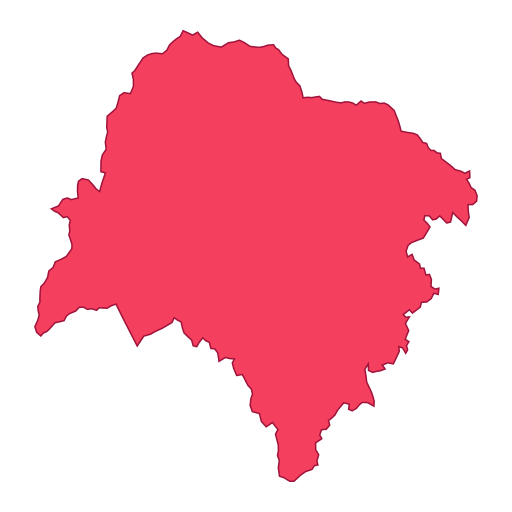 the district of São João do Triunfo, Paraná, Brazil
{"feature_id": "56859067B92215694258834", "entity_name": "São João do Triunfo", "entity_type": "district", "adm_level": 2, "iso_a3": "BRA", "parent_name": "Brazil", "parent_adm1": "Paraná", "projection": "equal_earth", "projection_center": [-50.278, -25.688], "detail": "fine", "context": "isolated", "style": "filled", "palette": "rose", "viewbox_px": 512, "rotation_deg": 0, "n_neighbors": 0, "source": "geoboundaries", "source_scale": "gbopen_adm2", "svg_char_len": 4005}
<svg xmlns="http://www.w3.org/2000/svg" viewBox="0 0 512 512"><path d="M321.8,438.7L319.7,435.0L321.6,429.7L326.2,429.3L329.7,425.2L328.5,420.5L331.5,418.3L335.0,414.9L337.8,409.9L343.8,402.8L349.3,404.2L348.6,409.3L352.2,410.8L356.5,408.3L359.4,404.7L362.4,402.4L367.7,402.6L373.9,406.2L374.2,401.5L373.1,397.1L371.5,392.3L366.7,382.1L366.1,376.7L364.9,369.2L368.2,363.9L368.5,370.4L372.7,372.4L376.8,371.3L380.3,370.8L385.1,369.0L382.3,365.1L387.8,362.8L393.3,363.9L396.4,357.6L399.3,351.3L398.8,346.7L402.6,347.9L405.7,353.3L407.6,349.9L406.5,345.7L408.9,341.6L405.2,339.3L408.7,330.6L405.4,323.4L409.4,316.9L405.7,317.2L403.3,314.5L406.4,312.2L409.4,309.7L412.4,313.1L416.9,309.7L420.3,307.1L421.4,302.3L426.7,302.0L431.2,298.6L433.8,293.3L438.2,294.4L438.9,288.2L435.0,289.1L431.0,286.4L431.4,279.4L429.4,274.4L425.9,274.9L424.0,268.2L420.5,268.2L419.5,264.0L414.1,259.9L412.1,254.4L407.6,256.9L406.1,251.1L408.1,245.4L411.3,242.7L417.6,240.2L423.3,238.1L430.0,227.0L427.6,223.7L423.9,220.1L424.8,215.7L429.3,215.9L432.6,219.8L435.9,219.2L439.8,215.9L446.7,223.0L450.5,222.1L451.5,218.0L452.7,212.5L456.8,216.7L461.5,221.0L465.8,225.4L469.2,217.4L468.3,211.5L468.0,204.6L472.7,204.6L476.6,201.2L477.1,195.7L474.9,190.1L471.1,187.6L469.1,183.2L466.5,179.3L469.9,177.7L469.6,171.0L464.8,173.3L461.2,171.3L455.1,169.6L450.2,165.2L447.2,163.0L441.4,158.6L440.4,153.3L437.0,152.9L434.2,150.5L430.9,150.4L428.3,147.8L426.6,143.4L422.8,142.5L420.0,138.3L417.3,134.9L413.2,133.3L407.3,132.4L401.1,131.2L399.7,125.7L398.2,120.6L396.2,115.8L394.2,110.5L391.5,108.0L388.0,104.8L384.3,103.1L379.8,103.5L375.8,101.9L369.5,102.0L364.3,103.3L361.0,101.0L356.3,105.2L352.8,103.1L349.0,102.0L344.7,101.9L341.2,102.9L336.6,102.3L330.0,100.8L322.5,99.4L319.4,96.4L315.3,97.0L311.8,97.6L307.5,97.3L303.1,97.8L301.9,92.0L299.8,85.8L296.2,82.1L294.2,78.7L291.0,70.4L288.6,65.7L288.3,58.9L282.0,54.3L278.6,49.7L275.7,48.0L273.6,44.8L268.0,45.1L263.3,46.7L259.0,47.4L250.1,46.4L244.2,42.5L239.4,40.2L234.2,41.9L228.5,42.7L224.6,45.1L221.2,47.1L213.7,45.7L208.5,43.2L202.2,37.9L197.7,32.2L192.6,35.1L188.0,32.9L183.1,30.7L180.3,36.3L176.0,39.2L172.7,41.9L169.6,44.8L166.8,50.3L162.4,53.8L156.2,53.1L151.8,53.6L147.3,55.1L143.0,58.0L138.5,64.8L134.7,70.7L132.0,73.2L133.4,79.6L133.4,86.5L130.4,93.6L123.9,92.7L119.6,95.7L117.9,102.6L116.2,108.2L113.2,111.1L107.2,116.2L106.7,127.6L107.7,131.9L106.5,136.3L105.3,142.2L106.2,149.2L102.4,154.9L101.0,161.1L100.9,171.7L105.4,172.9L101.9,183.2L99.7,191.5L96.3,189.2L93.3,185.3L88.4,180.0L82.1,178.6L78.5,181.2L77.6,185.5L77.5,191.4L78.2,198.0L71.4,199.6L67.3,198.0L62.9,199.3L58.4,206.0L51.4,208.8L54.3,211.1L58.3,212.9L63.4,217.6L67.2,216.6L70.3,220.3L69.2,225.1L69.8,230.6L68.9,235.0L70.4,239.4L72.0,244.5L71.8,248.7L69.2,252.4L66.2,256.5L60.9,259.4L55.3,261.8L53.1,267.5L48.8,271.0L47.6,277.4L44.4,282.9L40.8,286.8L40.2,291.2L39.9,297.7L39.9,302.2L37.8,306.4L38.2,310.8L39.2,315.0L37.8,320.2L34.9,326.6L36.6,332.2L40.8,336.0L43.3,333.1L46.8,331.5L49.7,328.7L55.0,322.8L59.0,321.9L64.0,320.7L66.5,316.0L69.7,313.5L75.5,311.2L79.3,307.3L83.3,307.1L87.4,309.4L91.6,308.7L96.6,310.3L99.1,307.8L107.1,308.2L111.4,305.7L116.0,304.1L122.8,317.9L137.2,346.0L143.8,336.1L150.6,334.2L153.9,332.2L157.1,330.6L162.2,328.3L172.0,322.5L174.2,317.7L177.3,320.0L181.2,322.0L182.3,327.6L184.0,332.8L188.0,336.8L191.6,340.0L193.2,345.8L196.7,346.7L199.1,342.5L202.8,337.9L205.7,340.7L209.3,342.3L210.9,348.5L214.8,348.9L217.6,352.7L218.4,356.8L219.0,361.4L225.3,357.5L230.0,358.6L234.4,358.9L232.3,363.0L233.7,368.5L236.7,375.5L242.2,374.5L244.2,378.0L246.1,381.9L248.1,385.6L251.3,389.0L252.5,394.1L250.9,398.7L250.1,405.3L252.3,411.6L259.4,413.6L261.4,421.5L266.2,426.8L272.4,422.6L277.9,429.5L275.5,434.1L278.3,445.2L278.4,450.9L277.5,455.6L279.3,460.4L278.3,467.7L279.5,476.2L283.8,477.6L289.4,481.1L293.9,481.3L300.6,475.1L305.6,471.6L312.0,469.4L314.4,465.6L317.9,465.0L316.9,460.8L318.7,454.8L315.7,449.7L315.6,442.9L321.8,438.7Z" fill="#f43f5e" stroke="#9f1239" stroke-width="1.5"/></svg>